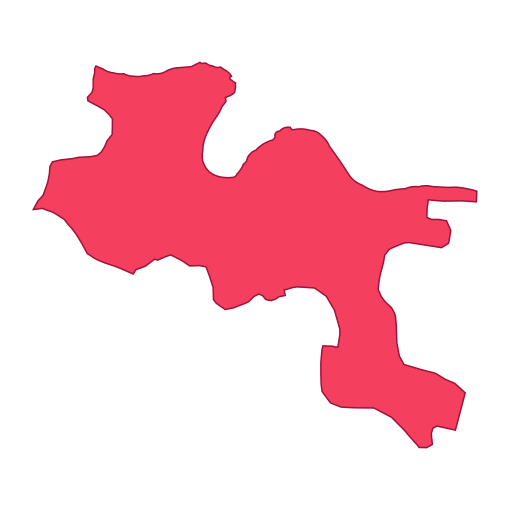 Kafr Shukr, Al Qalyubiyah, Egypt (Mercator projection), rotated 89°
{"feature_id": "37247803B61393331220836", "entity_name": "Kafr Shukr", "entity_type": "district", "adm_level": 2, "iso_a3": "EGY", "parent_name": "Egypt", "parent_adm1": "Al Qalyubiyah", "projection": "mercator", "projection_center": [31.254, 30.554], "detail": "fine", "context": "isolated", "style": "filled", "palette": "rose", "viewbox_px": 512, "rotation_deg": 89, "n_neighbors": 0, "source": "geoboundaries", "source_scale": "gbopen_adm2", "svg_char_len": 5983}
<svg xmlns="http://www.w3.org/2000/svg" viewBox="0 0 512 512"><g transform="rotate(89 256 256)"><path d="M205.6,477.9L205.3,474.4L204.7,468.9L208.2,459.8L208.9,457.9L215.4,448.0L216.3,446.8L221.4,443.1L224.8,440.0L231.7,435.0L240.8,429.7L249.0,425.5L250.5,424.8L255.2,417.9L257.4,414.0L260.4,406.9L263.6,397.7L266.4,391.0L267.3,389.2L271.9,379.0L267.7,376.5L264.2,366.7L257.4,357.4L258.4,354.4L255.0,346.2L253.4,341.2L259.6,329.7L264.8,322.5L264.6,312.8L266.0,306.1L275.8,302.7L286.7,299.4L298.8,299.3L302.7,296.4L308.9,287.8L307.5,279.5L302.4,265.8L301.5,264.1L297.5,259.9L296.4,258.8L294.0,253.6L296.0,249.8L299.6,247.1L300.5,244.0L300.8,241.3L299.2,236.8L297.1,233.7L296.0,227.5L290.5,228.4L288.1,219.5L287.6,215.5L287.9,211.4L288.1,208.8L289.0,198.0L297.5,186.4L311.5,178.5L330.4,173.5L335.8,173.5L348.4,175.7L348.3,178.5L347.5,181.0L347.0,190.7L351.7,191.8L363.5,193.0L374.4,193.2L385.5,193.1L392.7,192.3L404.2,184.1L408.5,173.7L409.3,163.6L409.6,156.4L410.0,140.9L419.7,123.2L427.9,115.4L430.7,112.6L434.9,108.9L437.0,107.4L448.0,97.9L450.3,96.3L450.6,88.8L447.5,82.9L436.8,83.9L431.2,82.1L429.2,77.9L433.6,59.7L396.5,49.2L386.8,59.5L382.7,68.7L376.5,78.5L372.3,93.4L367.1,109.9L358.6,114.4L345.4,116.7L328.2,116.9L319.2,117.6L315.8,118.4L310.1,121.4L308.5,123.0L304.6,127.1L302.5,128.8L298.8,131.4L291.6,134.5L282.5,133.3L276.8,132.1L265.3,128.8L257.4,127.3L251.5,122.5L248.3,115.0L245.4,107.0L245.3,102.3L250.9,70.3L246.7,63.3L242.8,62.4L233.9,60.8L224.1,64.9L222.6,73.0L222.5,79.9L220.4,84.5L210.0,84.0L206.9,83.3L202.8,82.8L203.6,76.1L204.4,67.8L204.5,48.5L205.7,34.7L195.1,34.1L194.1,37.0L193.7,38.5L193.0,41.3L191.7,47.3L191.3,49.8L191.1,51.0L190.8,53.4L190.7,55.9L190.7,58.3L190.8,61.5L190.5,66.9L190.1,72.9L189.7,77.8L189.4,79.3L189.1,81.0L188.8,82.7L188.7,84.4L188.7,85.3L188.8,87.0L188.9,88.8L189.2,90.5L189.6,92.2L189.4,94.2L189.3,95.8L189.4,97.4L189.5,99.0L189.8,100.6L190.2,102.2L190.6,103.7L191.4,105.8L191.5,109.0L191.7,111.5L191.8,112.8L192.0,114.8L192.3,116.6L193.3,121.6L193.6,123.9L193.8,126.1L193.8,127.2L193.8,129.5L193.7,132.7L193.5,133.9L193.0,135.9L192.7,136.9L192.1,138.9L191.3,140.8L190.5,142.7L190.0,143.6L188.5,146.3L186.9,148.8L185.9,151.0L184.7,153.2L183.8,154.6L182.6,156.2L181.1,157.8L179.9,159.0L178.7,160.0L176.8,161.4L168.1,166.8L162.1,170.7L156.2,174.7L147.7,180.6L146.0,181.3L144.5,182.1L143.0,182.9L141.6,183.9L140.3,184.9L139.0,186.0L137.8,187.2L136.7,188.4L135.5,189.6L134.7,190.5L133.9,191.6L133.3,192.7L133.0,193.2L132.5,194.4L132.0,195.6L131.7,196.8L131.6,197.4L131.4,198.7L131.4,199.4L131.0,200.6L130.6,202.1L130.2,204.3L130.0,205.2L129.8,207.1L129.8,208.0L129.7,209.9L129.8,211.8L129.8,212.7L130.1,214.6L130.4,216.5L130.3,217.0L130.3,217.3L130.2,217.6L129.9,218.1L129.4,218.7L128.7,219.2L128.0,219.4L127.9,220.1L127.8,221.2L127.8,222.3L127.9,223.4L128.0,223.9L128.2,225.0L128.6,226.0L129.0,227.0L129.9,228.4L130.5,229.2L131.6,230.2L131.6,231.1L131.7,231.8L131.9,232.4L132.2,233.0L132.6,233.5L133.1,234.0L133.9,234.6L134.6,234.8L135.2,235.0L135.9,235.0L136.8,234.9L137.7,235.1L138.3,235.4L138.9,235.8L139.7,236.5L140.1,237.1L140.4,237.8L140.6,238.4L140.7,239.0L141.1,240.2L141.8,242.0L142.2,242.9L143.0,244.6L143.9,246.3L144.9,247.9L146.6,250.3L148.4,252.5L150.1,254.1L150.6,255.5L151.2,256.6L152.2,258.3L153.0,259.2L154.4,260.6L155.3,261.4L156.4,262.1L157.7,262.9L158.4,263.0L159.3,263.3L160.3,263.7L161.1,264.1L162.0,264.7L162.7,265.3L163.4,266.1L164.1,267.1L165.3,267.6L166.8,268.3L168.3,269.2L169.7,270.1L171.6,271.7L172.9,272.8L173.7,273.7L174.6,274.0L175.4,274.6L175.9,275.1L176.3,275.7L176.5,276.0L176.8,276.6L176.9,277.0L177.0,277.6L177.0,278.5L177.1,279.8L177.2,281.8L177.2,282.7L177.1,284.6L176.9,286.5L176.8,287.5L176.5,289.4L176.3,290.3L175.8,292.2L175.2,294.0L174.3,296.1L173.9,297.0L173.3,298.0L172.1,299.8L171.4,300.7L170.8,301.5L169.2,302.9L167.5,304.2L166.3,305.0L163.7,306.3L161.7,307.1L159.7,307.7L158.3,307.9L156.2,308.1L154.1,308.0L152.7,307.9L150.9,307.5L148.0,307.3L145.9,307.1L143.8,306.8L141.8,306.3L139.7,305.8L137.7,305.1L135.7,304.4L134.1,303.7L131.2,302.3L128.4,300.9L124.2,298.5L121.5,296.9L117.6,294.2L115.0,292.3L112.0,290.4L108.7,288.6L105.4,287.0L104.7,286.3L103.4,285.2L102.1,284.3L100.8,283.4L99.7,283.4L98.7,283.5L97.8,283.7L97.0,283.9L96.9,283.3L96.7,282.8L96.4,282.4L95.9,280.9L95.4,279.6L95.1,278.9L94.4,277.7L93.7,276.5L92.8,275.4L92.3,274.7L91.1,274.4L89.3,274.0L86.7,273.5L84.5,273.6L82.6,273.4L82.1,274.4L81.5,275.3L80.9,276.1L80.0,277.0L79.8,277.5L79.4,278.0L78.6,278.7L78.1,279.0L77.8,279.1L77.0,279.0L76.3,278.8L76.3,278.5L76.2,278.1L76.1,277.7L75.8,277.3L74.8,278.0L73.7,278.8L72.6,279.8L71.6,280.8L70.4,282.3L68.8,284.9L67.6,286.6L66.4,288.2L66.7,289.6L66.8,290.6L66.8,291.6L66.6,292.6L66.5,293.1L66.4,293.6L66.0,294.6L65.4,295.7L65.3,296.1L64.8,297.9L64.3,299.8L62.2,302.9L62.5,307.2L62.3,307.6L62.0,308.1L61.6,308.4L61.4,308.6L63.4,312.9L65.4,316.9L65.7,319.4L66.0,324.1L66.3,328.8L66.5,332.1L66.6,333.3L66.9,335.0L67.3,336.8L67.6,337.6L68.2,339.3L68.5,340.2L69.2,341.8L70.2,343.5L70.7,344.8L71.2,346.1L71.4,346.7L71.8,348.1L71.9,348.8L72.1,350.1L72.1,351.5L72.1,352.9L72.1,353.6L71.8,355.2L72.4,356.6L72.9,358.0L73.3,359.4L73.6,360.9L73.7,361.6L73.8,363.1L73.8,364.7L74.2,366.9L74.4,368.7L74.5,370.0L74.5,371.3L74.4,373.0L74.2,374.7L74.0,376.1L73.9,377.5L73.8,378.2L73.6,379.5L73.4,380.2L73.0,381.5L72.6,382.7L72.0,384.0L71.4,384.9L71.5,386.1L71.6,387.7L71.6,389.2L71.4,390.8L71.3,391.5L71.0,393.1L70.4,395.2L70.2,396.9L69.8,398.4L69.4,399.8L68.9,401.3L68.5,402.0L68.2,402.6L67.5,404.0L66.7,405.3L66.1,406.0L65.5,407.7L64.6,409.9L63.2,412.7L65.6,413.9L70.7,414.2L75.6,415.6L83.6,415.8L86.4,416.1L89.7,417.3L94.5,421.8L97.8,421.4L100.1,417.5L103.5,411.3L107.3,405.0L112.0,400.4L116.4,397.2L122.3,397.3L131.9,397.7L138.3,402.9L144.4,405.6L149.6,409.1L152.7,413.1L153.7,419.1L154.0,424.2L154.2,431.5L155.4,437.8L156.5,449.4L158.3,457.9L163.0,460.5L170.4,461.2L178.4,462.9L184.6,465.1L191.7,467.9L197.0,473.0L205.6,477.9Z" fill="#f43f5e" stroke="#9f1239" stroke-width="1.5"/></g></svg>